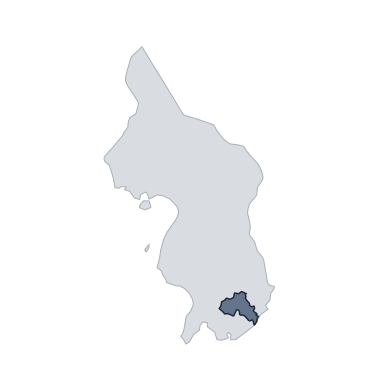 Béja on a map of Tunisia (Mercator projection), rotated 161°
{"feature_id": "TUN-103", "entity_name": "Béja", "entity_type": "Governorate", "adm_level": 1, "iso_a3": "TUN", "parent_name": "Tunisia", "parent_adm1": "", "projection": "mercator", "projection_center": [9.232, 36.761], "detail": "fine", "context": "in_parent", "style": "filled", "palette": "slate", "viewbox_px": 384, "rotation_deg": 161, "n_neighbors": 0, "source": "natural_earth", "source_scale": "10m", "svg_char_len": 4278}
<svg xmlns="http://www.w3.org/2000/svg" viewBox="0 0 384 384"><g transform="rotate(161 192 192)"><path d="M263.4,221.1L263.3,222.3L262.0,230.4L261.8,233.3L261.6,238.3L261.6,244.2L264.4,249.2L264.5,251.4L263.4,253.9L258.1,256.9L251.3,260.6L245.5,264.2L239.0,268.1L237.1,270.6L233.9,272.5L231.2,274.5L230.8,276.3L228.9,279.8L226.5,282.7L220.4,284.0L219.2,284.8L216.4,289.0L215.1,290.7L213.5,294.1L215.6,303.1L218.1,312.2L218.6,316.1L218.6,319.2L217.1,322.7L213.9,327.6L211.5,331.1L207.0,337.6L205.6,339.2L202.5,341.0L196.4,343.5L192.1,345.7L189.9,335.9L188.1,327.5L186.5,320.6L183.8,308.3L181.5,297.9L179.2,287.5L177.2,278.0L175.1,268.4L174.2,267.0L167.9,262.5L162.1,258.3L156.1,253.6L149.6,248.4L148.5,241.9L145.2,232.1L141.6,226.6L140.3,225.1L133.2,221.6L129.1,218.9L128.0,217.4L127.2,213.4L124.2,205.4L120.9,198.1L119.7,193.1L119.5,186.9L120.1,182.4L121.6,180.5L128.6,174.9L131.8,168.1L135.8,165.5L139.2,163.6L142.0,161.4L144.5,157.8L146.4,154.0L146.7,149.8L147.5,143.2L148.8,138.6L151.7,133.4L150.5,129.2L149.0,124.6L149.4,116.7L149.0,113.5L147.8,110.7L146.5,107.0L146.4,104.0L147.7,96.0L148.6,89.9L150.1,81.9L149.6,79.7L148.5,78.0L145.1,76.2L145.0,75.2L145.9,74.0L150.9,70.1L153.5,64.3L155.8,63.1L159.2,61.1L159.0,58.8L158.3,56.4L167.2,53.7L175.6,46.6L178.6,44.8L198.2,38.3L200.7,38.7L203.6,39.7L202.8,42.1L201.6,44.1L203.3,47.5L205.7,45.4L205.1,44.0L204.9,42.2L209.0,42.0L212.5,42.3L216.4,44.3L216.2,52.1L221.4,59.6L219.9,63.4L224.2,65.6L228.0,63.0L229.9,59.0L236.9,56.7L243.5,50.9L247.2,50.3L248.0,55.1L249.8,59.3L247.3,60.7L244.1,65.1L238.0,76.3L232.4,79.6L228.2,83.9L226.9,86.9L226.5,90.5L227.5,96.8L230.6,103.3L234.1,107.1L237.5,108.4L245.4,114.5L245.3,118.1L246.4,122.4L246.8,127.6L249.6,131.8L243.7,140.9L240.5,147.4L234.2,156.4L228.6,162.2L216.6,170.9L213.6,173.7L211.7,176.7L210.8,179.8L211.1,183.5L215.1,192.4L220.3,197.6L225.7,200.5L235.0,199.3L234.7,202.8L235.3,206.9L239.1,206.7L241.6,206.0L243.8,202.0L248.3,204.8L250.7,213.1L254.5,215.7L255.0,216.7L253.6,217.3L252.5,218.3L253.7,218.9L257.4,220.0L259.6,219.3L263.4,221.1ZM243.8,197.9L242.8,198.1L241.1,199.3L240.2,199.4L237.5,198.1L236.6,198.1L235.3,197.2L235.7,192.1L236.1,190.7L242.5,190.5L245.9,193.5L246.5,194.3L246.6,195.2L245.0,196.9L243.8,197.9ZM255.3,153.1L249.7,156.3L250.8,153.5L254.4,150.2L255.4,151.0L255.3,153.1Z" fill="#d9dde1" stroke="#a8b0b8" stroke-width="1"/><path d="M169.8,52.8L170.0,52.6L170.8,51.9L171.9,50.5L173.0,48.3L173.5,48.0L173.9,47.9L174.9,46.8L175.3,46.5L176.3,46.1L176.4,46.3L176.5,47.8L176.4,48.5L176.2,49.5L176.2,50.1L176.2,50.4L176.3,50.6L176.4,51.0L176.6,51.2L176.7,51.4L176.9,51.4L179.1,51.3L179.4,51.4L179.6,51.6L180.1,52.0L180.3,52.2L180.4,52.5L180.6,52.8L180.9,53.9L181.8,55.8L182.2,57.1L182.4,57.4L182.6,57.7L183.8,58.8L184.1,59.1L184.5,59.2L185.8,59.6L186.2,59.9L186.5,60.2L186.7,60.5L186.8,60.7L186.8,60.8L186.7,61.2L186.7,61.5L186.6,61.8L186.5,62.2L186.4,62.4L186.3,62.5L186.1,63.3L186.1,63.6L186.2,64.0L186.4,64.8L186.7,65.2L186.9,65.5L187.3,65.8L187.5,65.9L187.8,66.0L188.0,66.0L188.3,65.9L188.5,65.8L188.8,65.5L192.3,61.9L192.6,61.6L192.9,61.4L193.3,61.3L197.5,65.2L199.6,65.9L200.5,66.0L200.9,66.2L200.9,66.4L201.0,66.7L201.3,67.5L202.4,69.9L203.8,72.0L204.2,72.9L202.1,74.6L201.4,75.3L201.3,75.7L201.2,75.9L200.2,77.5L199.7,78.5L197.5,78.8L196.8,79.0L196.2,79.2L194.6,80.0L194.3,80.2L194.0,80.2L193.8,80.2L193.6,80.2L193.3,80.0L193.0,79.8L192.2,79.0L191.9,78.8L191.4,78.5L191.1,78.4L190.6,78.3L188.6,78.5L187.5,78.7L187.2,78.8L186.9,79.1L186.3,79.8L184.9,82.4L184.6,82.5L184.2,82.4L182.3,81.4L181.7,80.9L181.4,80.8L181.1,80.8L180.7,80.8L180.2,80.8L178.1,81.6L177.7,81.7L176.8,81.1L173.9,78.3L174.6,77.9L174.8,77.8L174.9,77.6L175.0,77.4L175.0,76.0L175.1,75.6L175.1,75.4L175.5,74.9L176.0,74.3L176.1,74.1L176.1,73.6L175.9,72.8L174.7,69.5L174.4,69.2L174.3,68.9L174.2,68.6L174.1,67.8L174.3,65.5L174.3,65.3L174.2,65.1L174.0,64.9L173.7,64.6L173.3,64.4L173.2,64.3L171.1,64.0L170.9,63.9L170.7,63.8L170.5,63.7L170.4,63.5L170.4,63.3L170.4,63.0L170.5,62.8L170.6,62.6L170.7,62.4L170.7,62.2L170.8,61.8L170.8,61.5L170.9,61.3L171.0,61.2L172.4,59.9L172.6,59.7L172.6,59.3L172.5,58.9L171.8,57.8L170.5,56.2L170.4,56.0L170.3,55.8L170.4,55.5L170.5,55.3L170.8,55.2L171.4,55.0L171.5,54.9L171.3,54.4L169.8,52.8L169.8,52.8Z" fill="#64748b" stroke="#1e293b" stroke-width="1.5"/></g></svg>